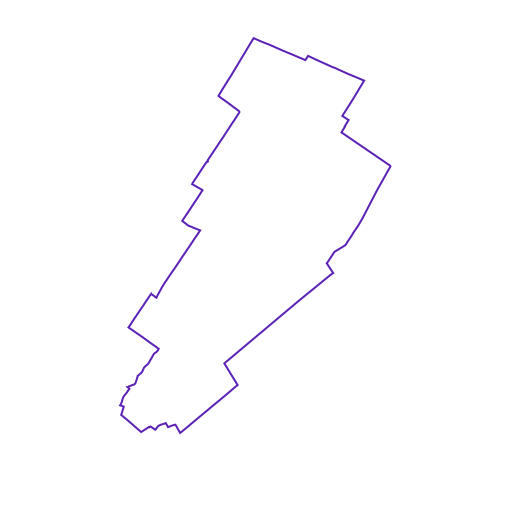 the district of Brastavatu, Olt, Romania, rotated 291°
{"feature_id": "2599482B94016729374346", "entity_name": "Brastavatu", "entity_type": "district", "adm_level": 2, "iso_a3": "ROU", "parent_name": "Romania", "parent_adm1": "Olt", "projection": "robinson", "projection_center": [24.396, 43.91], "detail": "fine", "context": "isolated", "style": "outline", "palette": "violet", "viewbox_px": 512, "rotation_deg": 291, "n_neighbors": 0, "source": "geoboundaries", "source_scale": "gbopen_adm2", "svg_char_len": 4890}
<svg xmlns="http://www.w3.org/2000/svg" viewBox="0 0 512 512"><g transform="rotate(291 256 256)"><path d="M458.5,294.1L458.9,281.4L459.0,278.5L458.9,278.1L459.9,260.9L459.8,260.6L459.8,258.8L460.9,240.7L461.5,232.9L459.0,232.4L456.6,231.9L457.1,216.5L457.3,208.4L457.7,200.4L457.9,196.4L458.0,194.6L458.1,184.6L458.2,182.6L458.4,178.0L458.5,175.7L457.5,175.5L447.4,173.7L426.4,170.0L424.7,169.7L416.9,168.3L416.5,168.3L415.5,168.1L412.3,167.4L410.9,167.2L410.5,167.0L408.0,166.6L406.2,166.2L405.7,166.1L402.5,165.5L399.4,164.9L398.7,164.7L397.5,164.5L396.3,164.4L395.6,164.2L394.4,164.0L393.7,163.9L393.1,163.8L392.4,163.7L392.0,163.6L391.9,163.7L391.8,163.9L391.5,165.2L391.4,165.5L390.9,167.4L390.7,168.1L390.2,170.0L389.9,171.3L389.8,171.5L389.6,172.4L389.2,174.0L388.8,175.6L388.5,176.6L388.3,177.3L388.2,177.3L388.2,177.5L388.0,178.2L387.8,179.0L387.6,179.7L387.3,180.5L387.2,181.0L386.9,181.9L386.8,182.4L386.7,182.8L386.6,183.1L386.5,183.7L386.2,184.6L386.1,185.0L385.9,185.8L385.7,186.4L385.5,187.1L385.3,187.6L385.2,188.2L384.9,188.7L384.5,188.9L384.0,189.0L382.2,188.6L379.4,188.0L376.7,187.4L374.6,187.0L373.5,186.7L372.2,186.4L371.9,186.3L370.5,186.0L367.7,185.4L365.1,184.9L362.3,184.2L360.1,183.8L357.6,183.2L357.2,183.2L356.8,183.1L354.9,182.7L352.1,182.0L349.1,181.3L346.8,180.8L342.2,179.8L339.0,179.0L336.9,178.6L336.1,178.4L332.5,177.6L330.4,177.1L328.0,176.6L327.7,176.5L327.3,176.9L327.1,177.2L326.7,177.1L326.4,176.8L326.2,176.5L325.8,176.3L325.3,176.0L323.4,175.5L321.0,175.0L317.5,174.2L316.5,174.0L315.7,173.8L312.6,173.2L306.9,171.9L303.3,171.1L301.7,170.7L300.2,170.6L299.9,172.5L299.6,174.7L299.2,176.8L299.0,178.5L298.8,179.7L298.6,180.8L298.3,182.5L293.1,181.4L287.4,180.2L285.5,179.8L285.0,179.6L282.3,179.0L282.1,179.0L280.8,178.7L272.2,176.8L265.2,175.2L263.7,174.8L262.3,174.6L260.2,181.6L260.1,182.6L260.1,184.1L260.1,185.5L260.0,187.3L260.0,189.3L260.0,191.0L259.9,192.1L259.9,193.5L259.9,194.7L255.9,193.8L249.8,192.3L248.4,192.0L245.9,191.5L244.9,191.2L243.8,191.0L242.7,190.7L240.2,190.2L237.6,189.5L233.2,188.6L229.0,187.5L222.8,186.2L216.7,184.8L213.9,184.1L208.6,182.8L205.6,182.1L204.7,181.9L203.4,181.6L201.8,181.2L201.3,181.2L201.1,181.2L200.7,181.0L200.5,180.9L199.9,180.8L199.2,180.6L198.2,180.4L196.8,180.1L195.4,179.8L193.5,179.5L192.6,179.3L191.4,179.2L189.2,178.9L187.7,178.7L186.2,178.5L184.0,178.2L181.6,178.0L181.4,178.0L181.6,176.6L182.0,175.8L182.3,174.4L182.6,173.5L182.8,172.7L182.8,172.2L183.1,171.8L182.7,171.8L182.3,171.6L181.7,171.3L181.2,171.2L180.2,170.9L178.8,170.6L176.5,170.1L175.3,169.8L174.0,169.5L173.3,169.4L172.8,169.3L172.4,169.2L171.9,169.0L171.4,168.9L170.3,168.7L169.1,168.4L168.3,168.2L167.4,168.0L166.2,167.7L165.2,167.5L163.8,167.2L163.2,167.0L161.3,166.6L159.2,166.1L158.6,166.0L157.6,165.7L156.4,165.5L155.1,165.1L153.9,164.8L152.1,164.5L151.0,164.2L150.2,164.0L149.1,163.8L147.3,163.4L145.0,162.9L143.9,162.7L143.6,162.6L141.7,170.4L140.5,175.4L138.9,181.7L137.3,187.5L136.7,189.9L136.2,191.9L135.2,195.9L134.5,198.4L133.6,198.3L132.6,198.1L131.4,197.8L130.8,197.5L130.3,197.3L130.0,197.0L129.5,196.5L128.9,196.2L128.4,195.9L127.7,195.7L123.7,195.1L122.7,195.0L121.1,194.7L119.5,194.4L118.9,194.4L118.2,194.3L117.3,194.1L117.0,194.0L116.5,193.9L115.9,193.6L115.4,193.3L114.7,192.9L114.2,192.6L113.7,192.4L113.1,192.1L112.4,191.8L112.0,191.6L111.7,191.5L111.2,191.4L110.5,191.4L109.5,191.3L109.1,191.3L108.3,191.3L107.8,191.3L107.3,191.2L106.7,191.1L106.3,191.0L105.4,190.5L104.3,190.0L103.1,189.3L102.4,189.0L101.7,188.5L101.3,188.5L100.9,188.7L100.4,188.8L100.0,188.7L99.5,188.7L99.2,188.7L98.7,188.8L97.8,188.9L97.0,188.9L96.4,188.9L95.4,189.0L94.3,189.0L93.6,188.9L93.1,188.7L92.8,188.5L92.3,188.2L92.0,187.7L91.4,187.1L90.7,186.3L90.1,185.6L89.0,184.4L88.3,183.8L87.7,183.3L87.6,183.1L86.7,185.4L85.9,185.2L85.1,185.0L84.5,184.8L83.5,184.6L82.2,184.3L80.7,183.9L79.7,183.5L78.9,183.2L78.1,183.0L77.3,182.8L76.7,182.7L76.1,182.7L75.3,182.7L74.6,182.7L73.8,182.7L72.9,182.9L72.3,183.0L72.0,183.0L70.9,183.0L69.6,182.9L69.3,182.9L68.7,182.8L68.2,182.8L67.9,182.7L68.0,185.3L68.0,186.5L67.3,186.6L59.3,187.1L56.8,194.6L50.5,211.9L58.0,217.3L57.8,217.7L57.8,217.8L59.0,218.6L58.7,219.9L57.7,224.3L58.0,224.4L58.4,224.5L59.2,224.7L59.6,224.8L59.8,224.9L61.8,225.5L62.8,226.1L63.5,226.7L64.4,227.6L66.6,230.5L67.7,231.6L64.7,235.3L64.8,235.4L67.7,238.5L69.6,241.0L69.4,241.6L63.6,248.6L69.2,251.8L87.4,261.9L100.6,269.3L114.4,277.1L126.6,283.7L129.0,285.1L129.6,284.2L131.9,281.3L132.6,280.3L144.4,264.9L169.9,279.0L229.9,312.2L264.8,332.2L267.7,334.2L274.6,324.6L275.9,325.1L288.1,327.8L295.9,333.9L298.0,335.4L299.4,335.9L301.4,336.2L309.2,338.0L312.5,338.5L318.7,340.0L320.7,340.5L322.6,340.8L329.3,341.9L350.7,344.3L360.4,345.4L370.7,346.9L387.8,349.4L388.4,348.9L402.0,291.5L408.6,292.7L408.7,292.4L416.1,293.7L417.7,286.4L435.4,290.0L458.5,294.1Z" fill="none" stroke="#5b21b6" stroke-width="2"/></g></svg>